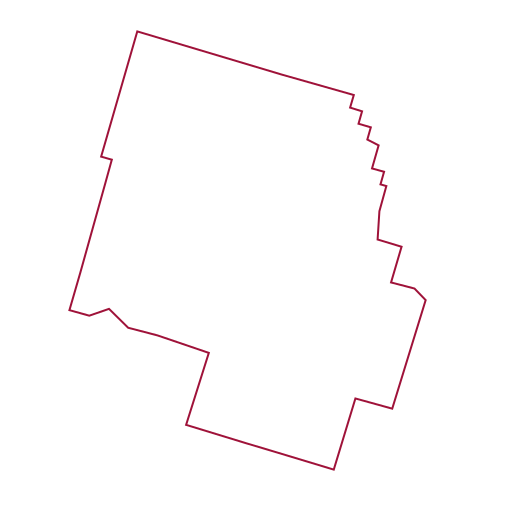 Miller, Missouri, United States of America (Equal Earth projection), rotated 195°
{"feature_id": "52423323B49877300936601", "entity_name": "Miller", "entity_type": "district", "adm_level": 2, "iso_a3": "USA", "parent_name": "United States of America", "parent_adm1": "Missouri", "projection": "equal_earth", "projection_center": [-92.479, 38.224], "detail": "fine", "context": "isolated", "style": "outline", "palette": "rose", "viewbox_px": 512, "rotation_deg": 195, "n_neighbors": 0, "source": "geoboundaries", "source_scale": "gbopen_adm2", "svg_char_len": 601}
<svg xmlns="http://www.w3.org/2000/svg" viewBox="0 0 512 512"><g transform="rotate(195 256 256)"><path d="M80.7,257.3L94.5,265.6L118.7,265.4L117.8,302.6L142.8,303.4L148.4,331.2L148.2,357.3L154.3,357.4L154.1,370.5L166.6,370.6L166.2,394.6L178.6,397.3L178.4,410.0L191.2,410.3L191.0,423.2L203.5,423.7L203.2,436.8L278.1,437.9L428.8,442.2L431.3,311.9L420.2,311.7L420.4,286.7L421.4,194.2L422.2,155.4L401.6,155.2L384.3,166.9L360.9,153.6L330.6,153.8L276.5,150.2L279.8,74.8L217.4,72.6L192.5,71.9L129.0,69.9L125.6,69.8L123.1,144.1L84.9,143.8L80.7,257.3Z" fill="none" stroke="#9f1239" stroke-width="2"/></g></svg>